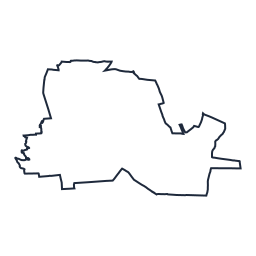 outline of Boghesti, Bacau, Romania
{"feature_id": "2599482B44554474680390", "entity_name": "Boghesti", "entity_type": "district", "adm_level": 2, "iso_a3": "ROU", "parent_name": "Romania", "parent_adm1": "Bacau", "projection": "natural_earth1", "projection_center": [27.419, 46.16], "detail": "fine", "context": "isolated", "style": "outline", "palette": "slate", "viewbox_px": 256, "rotation_deg": 0, "n_neighbors": 0, "source": "geoboundaries", "source_scale": "gbopen_adm2", "svg_char_len": 5637}
<svg xmlns="http://www.w3.org/2000/svg" viewBox="0 0 256 256"><path d="M112.7,180.6L114.2,178.9L115.1,177.7L115.7,176.9L116.2,176.2L118.1,173.7L118.6,173.2L118.8,172.8L120.0,171.2L121.9,168.8L122.1,168.6L124.8,170.1L126.3,171.1L128.1,172.1L128.6,172.6L129.7,174.0L131.7,176.8L134.0,179.8L135.0,180.4L139.9,183.6L142.0,184.9L143.5,185.7L144.1,186.0L144.5,186.3L145.8,187.1L148.1,188.9L149.7,189.9L150.4,190.4L151.4,191.1L153.3,192.2L153.1,192.3L153.8,192.7L156.5,194.4L156.7,194.2L158.1,194.0L158.9,194.0L160.6,194.1L162.0,194.1L164.7,194.2L167.3,194.0L167.9,194.4L172.5,194.7L176.6,195.0L185.3,195.2L186.2,195.0L206.3,195.6L206.7,194.1L207.3,192.4L207.4,191.8L207.8,189.4L207.8,187.2L207.9,185.4L207.8,181.5L208.0,179.9L208.6,177.5L209.5,173.8L209.9,172.8L210.4,171.4L210.5,170.3L210.8,169.0L211.1,168.2L232.3,168.3L237.0,168.4L240.6,168.4L239.7,162.1L239.7,161.3L239.5,161.1L238.3,161.0L235.0,160.6L234.2,160.4L233.5,160.4L233.3,160.5L230.1,159.9L223.9,159.1L221.6,158.8L218.2,158.3L214.7,157.7L214.1,157.7L212.4,157.4L212.2,157.3L212.0,157.1L212.0,156.3L212.0,154.8L212.0,154.1L212.0,153.3L212.2,151.5L212.4,150.9L212.9,149.9L213.4,149.3L214.3,148.3L214.5,148.0L214.6,147.3L215.0,146.7L215.2,146.4L215.2,146.2L215.2,145.6L215.3,144.9L215.3,144.5L215.3,143.8L215.3,142.7L215.2,142.0L215.3,141.4L215.8,140.7L216.1,140.4L216.4,140.2L216.6,140.2L218.2,138.9L219.3,137.1L220.9,135.4L221.6,134.7L222.4,134.2L223.0,133.3L223.2,132.8L223.8,132.1L224.2,131.1L224.7,130.1L224.7,129.8L225.2,128.8L225.1,125.0L225.0,124.1L224.9,123.4L211.7,117.4L208.6,116.1L204.3,114.5L203.0,113.3L202.8,114.2L202.8,114.5L203.1,115.1L202.3,117.7L202.0,119.3L201.0,122.2L200.2,123.9L199.8,124.7L199.4,125.6L198.9,126.7L198.4,127.0L198.1,127.0L194.6,126.0L194.1,125.9L193.5,126.9L193.2,127.3L191.0,129.1L188.1,131.3L186.9,132.3L185.2,132.4L184.1,130.3L183.8,129.8L183.0,128.1L182.2,125.7L181.6,124.4L180.7,124.5L179.6,124.8L180.7,127.1L181.1,128.2L181.4,129.0L182.1,130.6L183.0,132.9L183.4,133.9L182.4,133.8L180.7,133.4L177.9,133.4L176.5,133.4L172.4,133.3L171.5,130.9L171.1,129.5L170.7,128.4L170.5,127.5L169.4,126.7L168.4,125.7L167.5,124.8L165.7,123.4L165.3,122.7L164.5,120.8L164.1,119.4L163.4,117.9L163.1,117.3L162.9,116.7L162.5,115.8L162.4,114.9L161.9,113.6L161.2,111.8L158.7,104.4L160.2,104.1L160.5,103.9L162.0,103.6L163.0,103.3L163.7,102.9L162.4,97.9L162.1,96.9L161.6,95.5L160.4,93.1L159.7,91.5L159.4,90.3L158.8,88.4L157.3,84.9L156.9,84.3L156.3,82.8L155.2,80.5L147.2,79.8L142.8,79.1L141.2,78.9L139.3,78.9L138.1,77.4L137.6,76.6L137.0,75.9L136.3,75.4L136.0,75.1L135.1,74.3L134.6,73.8L133.9,73.3L133.3,72.5L133.9,72.1L133.4,71.3L132.2,71.8L131.6,72.0L130.0,71.9L128.4,71.6L127.2,71.6L125.4,71.5L124.7,71.4L123.1,71.2L120.0,70.7L116.1,69.3L114.9,69.1L113.0,69.2L111.3,69.4L104.9,70.6L105.3,70.2L106.5,68.8L107.6,67.7L108.2,66.8L108.9,66.0L110.5,63.7L111.4,62.2L111.6,61.6L111.3,61.6L108.4,61.6L108.0,61.8L107.6,61.6L106.3,61.6L104.3,61.2L103.1,61.4L101.7,61.8L100.5,62.0L99.1,62.1L98.4,62.3L97.5,62.4L96.9,62.3L95.5,62.2L95.2,62.0L94.2,62.0L93.3,61.8L92.4,61.5L91.9,61.2L91.5,61.0L89.7,60.9L88.0,60.5L86.8,60.6L84.7,60.6L83.9,60.6L81.0,60.6L76.8,60.4L74.3,60.5L72.9,60.7L71.9,60.8L71.1,60.7L70.8,60.8L70.5,61.8L70.2,62.0L69.9,62.1L68.9,62.0L66.7,62.0L61.7,61.6L61.6,62.2L59.4,64.9L59.0,65.3L58.6,65.5L58.4,65.5L57.9,65.3L57.6,65.2L57.3,65.2L57.2,65.3L57.2,65.6L57.6,66.2L58.6,69.5L58.6,70.3L56.8,70.1L53.3,69.8L51.9,69.5L47.9,69.3L47.8,69.6L46.3,73.5L44.8,77.0L44.7,77.5L44.5,79.7L44.3,79.8L44.0,82.8L43.5,87.8L43.2,92.4L43.3,93.4L43.6,94.4L44.8,98.2L48.3,109.2L51.0,118.3L48.2,118.5L44.0,118.8L43.6,119.6L43.3,120.8L43.1,121.4L42.7,121.5L42.4,121.0L42.0,121.1L41.9,121.5L42.6,122.4L42.3,122.8L41.4,122.3L40.5,124.4L40.0,124.7L39.8,125.3L40.9,125.8L40.9,126.5L39.8,126.4L39.7,126.9L39.7,127.1L40.5,127.5L41.0,127.9L41.2,128.2L41.4,130.4L41.2,130.9L41.2,131.1L41.7,131.8L41.7,132.2L41.6,132.4L41.2,132.6L41.0,132.8L41.1,133.0L41.2,133.3L40.9,133.4L36.0,133.6L36.0,134.7L34.5,134.7L33.9,134.7L33.0,134.8L30.4,134.8L28.4,135.2L24.7,135.5L23.6,135.5L23.7,136.0L24.2,136.2L24.8,136.4L25.0,136.6L25.2,136.8L25.1,137.0L25.2,137.3L26.2,137.6L27.0,137.7L25.9,141.2L25.9,141.4L26.3,141.8L26.1,142.6L25.8,143.3L25.4,143.8L25.2,143.9L25.2,144.3L25.5,145.5L25.7,145.8L26.7,146.5L27.2,147.0L27.3,147.1L27.9,147.1L28.4,147.2L28.9,147.7L29.1,147.9L29.1,148.0L28.7,148.1L27.1,148.2L27.0,148.3L27.1,149.2L27.1,149.4L27.0,149.5L24.3,150.2L24.1,150.4L24.0,150.6L22.8,150.8L22.1,150.3L21.8,150.3L21.7,150.5L21.6,151.0L21.7,151.9L21.7,152.3L21.9,152.6L22.2,152.8L22.4,152.8L22.6,152.7L22.9,152.7L23.6,153.0L23.9,153.2L24.0,153.3L23.8,153.7L23.8,153.8L24.3,154.7L24.7,155.4L25.4,156.1L25.9,156.7L26.0,157.1L26.0,157.5L26.1,158.1L26.0,158.7L27.6,158.6L27.7,158.1L27.8,158.0L28.0,158.0L28.6,158.4L29.2,159.0L29.3,159.2L29.3,159.3L29.3,159.6L29.1,159.7L28.8,159.7L28.6,159.8L27.9,159.7L27.1,159.3L26.6,159.3L26.1,159.5L25.6,159.8L24.8,160.1L23.8,160.2L22.4,160.1L21.8,160.1L20.8,159.8L18.7,158.8L18.1,158.7L17.1,158.6L16.9,158.4L16.7,158.2L16.1,157.8L15.6,157.7L15.4,157.8L15.4,158.0L15.4,158.3L15.6,158.6L16.6,160.1L17.1,161.3L17.2,161.7L17.4,162.1L18.6,163.3L18.8,163.4L19.3,164.6L19.6,165.0L19.8,165.3L19.8,165.6L19.8,165.9L19.7,166.5L19.9,167.0L20.5,167.7L20.9,168.0L21.2,168.2L22.1,168.3L22.4,168.4L23.3,168.6L23.7,168.7L24.5,169.3L24.1,170.6L24.1,171.0L24.3,171.6L24.4,172.8L24.5,173.2L24.8,173.6L32.9,173.5L38.5,173.4L38.7,173.7L39.2,176.8L47.7,176.1L48.9,176.0L49.4,175.8L49.9,175.8L51.1,175.9L59.9,174.9L60.7,178.6L61.7,182.6L62.0,189.1L69.9,188.7L74.4,188.4L74.1,187.5L73.9,184.7L74.3,183.1L88.5,182.2L106.3,180.9L112.7,180.6Z" fill="none" stroke="#1e293b" stroke-width="2"/></svg>